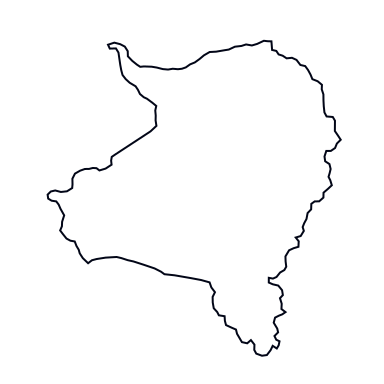 the district of Cromínia, Goiás, Brazil, rotated 5°
{"feature_id": "56859067B21383139216315", "entity_name": "Cromínia", "entity_type": "district", "adm_level": 2, "iso_a3": "BRA", "parent_name": "Brazil", "parent_adm1": "Goiás", "projection": "orthographic", "projection_center": [-49.359, -17.252], "detail": "fine", "context": "isolated", "style": "outline", "palette": "ink", "viewbox_px": 384, "rotation_deg": 5, "n_neighbors": 0, "source": "geoboundaries", "source_scale": "gbopen_adm2", "svg_char_len": 2645}
<svg xmlns="http://www.w3.org/2000/svg" viewBox="0 0 384 384"><g transform="rotate(5 192 192)"><path d="M280.8,347.9L284.1,342.7L285.8,338.2L290.1,340.5L291.7,337.2L292.2,333.1L288.8,331.8L286.7,328.3L290.0,324.3L288.8,320.6L284.8,315.1L285.7,309.9L289.4,307.6L292.6,306.0L295.6,303.5L291.3,300.8L291.1,295.5L288.9,290.1L291.5,286.8L290.3,282.0L286.1,277.7L280.5,276.9L276.4,275.5L276.0,270.8L280.2,271.2L283.6,269.3L286.8,264.5L290.8,261.7L292.4,258.2L291.3,253.0L290.7,248.0L293.8,241.6L298.2,239.1L302.8,237.3L302.6,231.8L299.3,228.3L304.1,226.4L306.8,221.0L305.3,217.3L306.5,213.3L308.4,208.9L309.0,202.9L312.2,198.9L311.9,193.4L315.0,190.7L319.5,190.2L323.4,186.1L323.1,181.2L327.1,177.1L330.7,173.1L328.7,168.2L326.7,165.0L327.5,161.1L328.1,157.0L326.5,152.2L322.0,149.8L320.9,145.1L322.2,139.4L326.7,139.0L330.7,135.7L332.1,131.1L335.6,127.0L332.3,122.8L329.0,118.8L328.6,113.6L328.2,108.5L325.7,105.0L319.5,105.0L317.0,101.2L315.8,95.1L315.0,89.4L314.4,83.3L312.3,78.4L312.1,73.9L307.5,70.7L302.1,69.1L299.9,64.8L297.0,60.4L293.8,56.7L288.9,56.0L284.6,51.3L279.9,49.6L274.6,50.6L270.4,48.3L266.3,47.4L263.7,44.1L259.4,43.5L258.0,35.0L254.1,35.2L250.4,35.1L244.0,38.8L238.9,40.8L233.0,40.3L228.5,42.2L222.1,43.5L216.2,46.9L212.2,47.9L203.8,50.1L197.4,51.0L192.0,54.8L187.9,58.9L183.5,62.7L179.0,65.0L175.0,68.4L171.2,70.1L167.3,70.9L162.1,70.9L157.5,72.1L152.2,72.1L146.1,71.1L140.9,70.7L133.2,71.1L129.5,71.8L126.0,69.9L121.1,66.6L116.3,62.4L115.7,57.3L112.4,53.0L107.6,51.0L101.6,50.0L95.5,52.6L97.6,56.3L103.7,55.6L106.6,59.5L109.5,71.8L110.9,76.8L112.6,81.5L116.1,85.3L120.4,88.6L126.6,91.6L129.3,95.0L131.6,98.9L135.7,101.8L139.0,103.0L145.0,106.7L148.9,109.4L148.3,114.0L149.2,119.0L149.5,123.9L150.8,129.2L145.4,135.2L112.3,161.3L109.0,164.0L108.7,167.8L109.5,171.8L103.9,176.2L97.9,178.6L94.8,176.6L91.1,176.7L87.4,178.0L83.3,178.4L78.7,180.5L73.8,183.9L71.7,189.2L72.3,194.8L72.3,198.5L67.4,202.2L61.4,203.4L55.6,202.4L51.3,203.8L48.4,207.2L49.3,211.1L52.9,212.9L57.6,213.2L60.3,216.2L62.4,220.1L66.7,226.4L65.2,233.0L65.4,237.5L64.0,241.8L66.9,245.0L71.0,249.3L75.1,251.1L79.5,251.5L81.6,255.8L84.2,259.4L85.5,262.9L89.0,267.4L94.7,272.0L98.3,268.7L102.8,267.1L111.7,264.9L122.6,263.3L127.4,264.0L133.9,265.5L139.8,266.3L150.3,268.7L161.4,271.4L168.1,274.1L171.7,276.3L181.9,276.5L198.6,277.9L208.8,278.9L217.4,280.5L219.6,285.4L223.6,289.8L221.7,294.7L222.3,300.3L223.8,305.9L227.6,309.4L229.5,312.5L235.3,312.9L236.0,317.5L237.5,321.6L243.6,323.8L247.8,325.2L249.2,329.3L254.8,337.2L260.2,337.9L263.6,334.4L267.5,338.6L267.8,343.9L270.1,347.4L276.0,349.0L280.8,347.9Z" fill="none" stroke="#020617" stroke-width="2"/></g></svg>